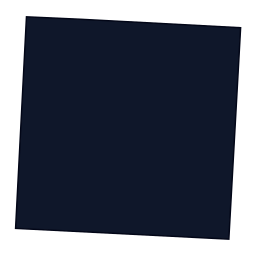 Terry, Texas, United States of America (Albers equal-area conic projection), rotated 183°
{"feature_id": "52423323B33800517044511", "entity_name": "Terry", "entity_type": "district", "adm_level": 2, "iso_a3": "USA", "parent_name": "United States of America", "parent_adm1": "Texas", "projection": "albers", "projection_center": [-102.271, 33.174], "detail": "fine", "context": "isolated", "style": "filled", "palette": "ink", "viewbox_px": 256, "rotation_deg": 183, "n_neighbors": 0, "source": "geoboundaries", "source_scale": "gbopen_adm2", "svg_char_len": 238}
<svg xmlns="http://www.w3.org/2000/svg" viewBox="0 0 256 256"><g transform="rotate(183 128 128)"><path d="M235.0,21.9L21.5,22.3L20.8,234.0L180.5,234.1L235.2,233.7L235.0,21.9Z" fill="#0f172a" stroke="#020617" stroke-width="1.5"/></g></svg>